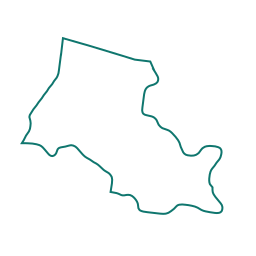 outline of El Llano, La Estrelleta, Dominican Republic, rotated 97°
{"feature_id": "3306468B67891946517614", "entity_name": "El Llano", "entity_type": "district", "adm_level": 2, "iso_a3": "DOM", "parent_name": "Dominican Republic", "parent_adm1": "La Estrelleta", "projection": "robinson", "projection_center": [-71.647, 18.809], "detail": "fine", "context": "isolated", "style": "outline", "palette": "teal", "viewbox_px": 256, "rotation_deg": 97, "n_neighbors": 0, "source": "geoboundaries", "source_scale": "gbopen_adm2", "svg_char_len": 2707}
<svg xmlns="http://www.w3.org/2000/svg" viewBox="0 0 256 256"><g transform="rotate(97 128 128)"><path d="M59.3,114.0L59.3,129.6L56.8,143.5L50.8,178.1L49.9,183.9L46.8,203.5L63.2,203.4L63.2,203.5L79.2,203.6L82.2,203.7L85.0,204.3L86.7,204.9L90.4,207.1L93.7,208.6L98.0,211.4L101.3,212.9L105.7,215.6L109.0,217.2L113.4,219.9L116.6,221.5L121.0,224.2L127.0,227.0L128.4,227.2L129.2,227.2L132.7,225.8L135.2,225.2L138.0,225.1L140.7,225.2L143.4,225.9L148.0,228.3L153.0,230.1L156.0,231.5L155.4,226.1L155.1,220.9L155.3,216.8L155.8,213.8L156.5,212.0L157.6,210.3L159.5,208.1L163.3,204.0L164.4,202.6L165.0,201.1L165.1,200.2L165.0,199.3L164.6,198.6L164.2,197.9L163.1,196.9L161.7,196.2L157.9,195.3L157.2,194.9L156.6,194.4L156.1,193.8L155.4,192.3L154.1,188.0L152.8,184.8L152.2,183.1L152.0,182.2L152.1,180.3L152.7,178.4L153.1,177.6L154.2,176.0L159.4,170.2L160.6,168.7L161.7,167.1L162.6,165.3L164.0,161.9L166.1,157.9L167.1,155.3L168.0,153.5L169.1,151.8L172.6,147.0L173.5,145.3L175.0,141.9L175.5,141.1L176.6,139.8L177.9,138.7L178.6,138.2L179.5,137.9L181.3,137.4L185.0,137.2L193.6,137.5L194.0,131.4L194.4,129.5L195.4,126.4L195.5,124.9L195.3,123.5L194.6,121.3L194.3,119.6L194.3,117.8L194.9,115.9L195.9,114.2L197.1,112.7L198.5,111.3L200.0,110.1L201.6,109.2L202.4,108.9L206.3,107.9L207.6,106.9L208.2,106.2L208.5,105.4L208.8,104.4L209.1,102.5L209.2,98.2L209.1,85.8L208.9,82.5L208.5,80.4L208.1,79.3L207.2,77.5L205.3,75.2L202.6,72.5L199.9,70.5L198.7,69.4L197.9,67.8L197.3,64.9L197.2,61.8L197.2,58.5L197.4,55.3L197.8,52.1L198.6,49.2L200.4,45.1L201.0,42.9L201.3,40.7L201.6,36.1L201.7,31.6L201.6,29.5L201.2,27.6L200.8,26.6L200.2,25.8L199.5,25.2L198.8,24.8L197.1,24.5L195.4,24.6L194.6,24.8L192.9,25.6L191.4,26.9L185.7,32.9L183.4,34.9L181.7,35.9L180.8,36.2L179.1,36.6L176.6,36.9L174.3,39.3L173.7,39.9L172.0,40.6L170.2,41.0L168.2,41.2L164.3,41.2L161.3,40.8L159.4,40.2L157.9,39.4L154.9,37.5L151.7,35.9L148.1,33.6L146.4,32.9L145.4,32.6L142.5,32.2L140.6,32.2L138.8,32.6L138.0,33.1L137.2,33.7L136.6,34.5L136.0,36.3L135.6,39.3L135.7,42.5L135.8,44.6L136.5,47.7L137.3,49.5L139.0,51.6L140.4,52.6L144.1,54.7L145.3,55.9L146.4,57.3L147.2,59.1L147.5,60.2L147.8,62.3L147.8,65.5L147.4,67.5L146.5,69.1L145.3,70.3L140.4,73.3L136.4,75.1L134.0,76.8L131.0,79.7L127.6,83.7L126.4,85.4L125.5,87.2L125.0,89.1L124.0,93.7L123.6,94.6L122.7,96.1L121.0,98.0L116.7,100.6L115.5,101.8L114.5,103.3L114.1,104.1L113.6,105.9L113.0,111.4L112.7,113.1L112.3,113.9L111.9,114.6L111.2,115.2L110.4,115.6L108.7,116.1L105.8,116.2L92.5,116.1L89.5,115.8L87.6,115.3L85.9,114.4L85.2,113.8L84.1,112.6L83.2,111.1L81.8,107.8L80.4,105.7L79.1,104.6L78.3,104.2L76.6,103.9L74.9,104.1L73.3,104.8L69.8,107.4L67.0,109.7L67.0,109.4L59.3,114.0Z" fill="none" stroke="#0f766e" stroke-width="2"/></g></svg>